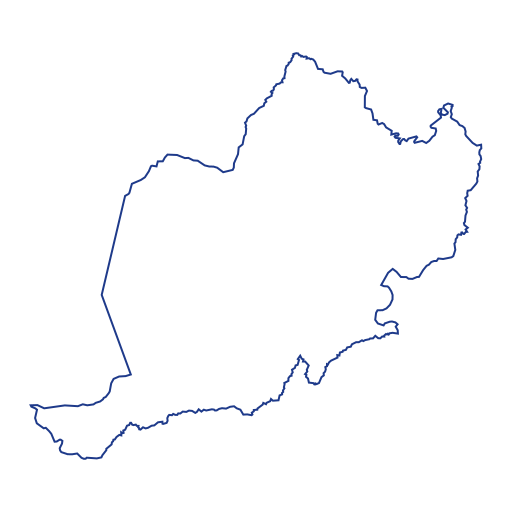 the district of La Plata, Huila, Colombia
{"feature_id": "7082276B59987699383018", "entity_name": "La Plata", "entity_type": "district", "adm_level": 2, "iso_a3": "COL", "parent_name": "Colombia", "parent_adm1": "Huila", "projection": "orthographic", "projection_center": [-75.962, 2.328], "detail": "fine", "context": "isolated", "style": "outline", "palette": "blue", "viewbox_px": 512, "rotation_deg": 0, "n_neighbors": 0, "source": "geoboundaries", "source_scale": "gbopen_adm2", "svg_char_len": 6020}
<svg xmlns="http://www.w3.org/2000/svg" viewBox="0 0 512 512"><path d="M397.9,333.6L397.7,330.2L395.7,326.7L397.6,324.3L395.4,322.4L392.0,321.5L389.8,321.7L384.8,323.4L383.6,325.4L377.9,323.5L375.2,319.8L376.1,312.8L377.5,310.3L382.6,310.2L386.5,308.4L390.0,304.8L392.5,299.4L392.6,295.0L391.3,291.4L389.0,287.7L387.6,286.4L383.9,286.2L381.2,285.0L388.1,272.8L392.7,268.9L396.6,271.9L400.9,277.0L406.4,277.1L408.5,278.7L412.5,278.9L417.0,277.0L419.0,276.9L423.2,270.0L426.6,265.8L428.9,264.7L431.3,262.0L434.1,261.0L436.6,261.0L438.3,258.5L443.1,259.0L451.6,257.3L453.3,256.1L455.3,249.9L454.4,243.6L455.5,242.2L455.7,239.2L457.2,237.4L457.4,235.4L458.5,234.4L461.0,234.8L461.4,232.5L462.2,232.4L463.3,233.9L464.1,234.0L465.8,231.9L467.1,231.8L465.6,229.5L467.8,227.7L464.4,225.0L463.9,223.1L465.0,221.7L465.5,215.5L466.9,211.9L466.2,209.6L467.1,207.9L465.4,205.3L466.5,201.0L465.2,198.1L467.6,195.8L467.2,193.2L467.7,190.7L470.7,190.2L476.3,183.6L477.4,181.5L477.1,178.3L478.1,175.6L477.7,171.5L479.4,169.2L479.6,166.3L478.5,164.0L480.2,162.8L480.0,161.7L481.2,159.1L480.6,156.0L479.4,154.4L479.3,152.3L479.8,150.1L481.3,148.4L481.1,144.7L476.8,145.6L472.6,142.9L466.1,135.9L465.3,134.3L465.6,131.5L464.6,128.0L462.4,126.1L459.6,125.1L457.2,121.6L451.8,118.6L450.8,117.2L451.8,114.2L450.7,111.1L451.8,107.7L451.5,106.7L452.6,106.1L452.6,104.9L448.1,103.5L444.0,105.5L443.4,107.8L447.9,112.3L447.5,113.7L444.8,115.1L442.3,114.7L440.8,113.2L441.5,108.9L439.4,109.3L438.1,111.1L438.2,112.3L440.7,115.4L441.0,117.6L430.7,125.6L430.6,126.7L431.4,127.8L435.7,128.5L436.2,130.9L434.8,135.2L432.5,136.7L429.3,140.8L426.2,143.0L422.2,140.9L414.7,142.8L414.1,141.9L414.4,141.0L417.2,137.3L416.4,136.4L408.5,138.6L406.7,141.1L405.3,140.4L404.1,139.0L403.0,139.1L400.8,141.4L400.2,143.9L399.5,144.0L398.2,142.0L398.2,140.8L399.8,138.4L395.5,137.8L394.6,136.7L395.3,135.7L397.8,135.8L398.7,134.5L398.2,133.5L396.1,133.3L391.3,134.6L391.7,130.8L386.1,127.4L384.1,124.1L382.2,123.0L378.5,124.5L377.7,123.7L377.0,120.3L373.4,119.8L372.5,113.4L371.1,109.5L366.0,108.1L364.8,107.3L364.9,96.0L367.0,91.0L365.3,87.7L361.5,87.9L359.8,87.0L359.6,84.6L357.5,81.3L357.5,79.5L356.5,79.3L355.1,80.9L353.3,81.2L351.3,78.9L350.3,80.2L349.7,82.7L348.9,82.9L345.2,78.4L342.1,75.8L342.7,72.3L342.2,71.5L337.6,71.3L330.6,73.8L324.5,72.7L323.5,71.8L322.7,69.3L318.0,68.9L315.1,61.7L313.2,59.5L311.2,58.8L310.5,59.2L309.0,58.2L306.6,58.6L306.9,57.1L306.1,56.5L303.4,56.9L302.1,56.0L301.2,56.5L300.5,55.3L299.2,55.2L298.2,53.5L296.3,53.2L293.6,53.9L293.9,54.6L292.8,55.4L293.2,56.6L291.5,58.8L291.6,60.2L290.2,62.2L288.7,62.7L288.7,63.9L287.5,65.6L286.5,65.9L285.2,70.1L285.6,71.6L284.4,76.4L284.5,78.2L283.2,78.4L282.0,80.3L282.5,82.3L280.8,82.4L279.6,83.6L276.3,84.3L276.0,85.4L273.7,87.4L273.9,89.1L273.2,90.5L271.6,90.9L270.9,91.8L272.4,93.0L271.6,94.1L271.7,95.8L266.9,98.3L265.3,99.9L266.3,101.7L264.3,103.3L263.8,105.8L259.2,108.0L253.9,113.8L251.0,115.0L247.4,118.4L246.5,121.4L245.0,122.7L246.2,125.7L245.6,127.0L246.2,128.5L245.7,134.2L244.2,136.2L242.6,144.4L238.7,147.4L238.0,154.2L234.0,163.3L233.8,167.6L232.7,169.9L223.2,172.2L217.2,167.7L213.5,166.6L209.2,166.5L204.7,165.4L197.7,160.7L193.4,160.4L188.4,157.9L184.9,158.1L177.1,155.0L167.5,154.6L164.9,157.5L162.8,161.3L157.8,161.4L156.5,166.4L152.1,165.7L151.0,166.2L148.9,171.2L144.9,177.3L140.8,180.0L131.9,183.8L129.4,192.8L128.5,194.0L125.1,195.9L101.7,294.9L130.8,374.5L125.6,376.1L119.1,376.5L113.6,378.9L111.2,383.3L109.7,391.5L108.7,393.2L105.7,397.0L103.7,397.9L103.0,399.3L100.1,401.5L95.8,402.8L93.5,404.4L87.3,405.3L82.8,404.3L77.9,406.2L64.8,405.4L44.2,408.3L37.4,405.1L30.7,405.3L31.4,406.7L35.2,408.3L37.0,409.7L35.1,418.0L36.8,423.3L43.7,428.3L45.8,427.8L49.2,431.2L51.3,433.8L54.6,441.7L56.8,441.5L59.6,439.7L60.7,439.7L62.4,440.9L62.0,443.6L59.7,448.2L60.1,450.4L61.3,452.1L67.6,454.2L72.0,454.3L77.2,453.5L81.5,457.8L83.9,458.8L85.7,458.7L86.7,457.7L96.8,458.4L101.4,457.4L102.4,455.2L106.3,450.2L106.3,448.8L111.6,444.4L111.9,442.3L113.1,441.3L113.4,439.7L114.8,439.5L116.5,437.0L119.3,434.9L121.3,435.4L121.2,432.3L122.5,433.2L123.6,432.9L123.3,430.5L125.2,429.7L127.0,425.7L129.2,425.0L130.2,422.8L131.1,422.8L132.2,424.7L133.5,425.1L135.8,424.6L136.7,425.8L138.5,425.9L138.2,427.4L139.1,428.1L139.2,429.3L140.5,429.6L143.0,427.3L145.6,428.4L148.0,427.8L151.6,425.7L154.3,425.4L158.0,422.3L162.4,421.7L162.5,423.7L163.2,423.9L166.6,422.9L167.6,420.8L167.3,418.1L168.3,415.9L169.2,414.9L172.0,415.2L173.2,413.9L175.3,414.9L177.3,414.9L178.2,413.4L180.3,413.5L182.7,411.6L186.4,411.9L188.9,410.6L192.1,410.9L195.3,412.9L196.9,411.9L198.7,409.3L201.4,411.6L203.8,409.7L206.2,410.5L211.9,409.3L214.0,409.6L215.0,410.5L216.7,410.4L219.1,408.9L222.0,408.2L226.1,408.6L230.1,406.8L233.1,406.4L234.1,406.3L236.7,408.3L240.4,409.7L243.3,414.6L247.3,414.4L251.6,415.2L252.4,414.5L251.8,412.7L253.8,411.3L253.8,410.0L257.3,409.7L257.5,408.5L262.7,404.6L263.3,402.9L266.0,404.2L266.6,402.8L270.2,401.2L271.0,399.0L272.9,400.7L278.5,400.3L279.6,395.4L282.1,394.4L282.0,393.0L283.2,391.9L283.0,390.4L284.4,388.3L283.9,387.3L284.6,384.1L284.3,383.0L288.4,380.9L288.4,378.2L289.9,376.2L291.6,375.7L291.4,374.2L292.7,372.4L292.0,369.7L294.9,367.9L295.6,365.4L297.6,364.9L299.0,360.0L297.8,359.1L300.2,355.7L301.7,358.7L303.5,359.4L303.0,361.5L305.1,361.5L308.7,365.5L306.8,369.8L307.3,371.5L305.1,374.1L306.4,374.8L306.0,376.8L308.0,378.5L308.9,382.6L313.8,383.2L314.2,384.3L315.0,384.5L315.7,383.5L316.6,384.1L319.0,383.0L321.5,377.1L323.8,375.4L323.6,373.2L325.1,371.6L325.8,369.2L325.3,367.1L327.0,366.2L327.0,364.2L327.9,364.6L329.0,362.4L331.1,360.6L337.5,357.6L337.3,355.1L339.4,355.5L339.9,352.5L342.6,351.8L343.0,350.6L345.9,349.9L347.2,347.4L350.8,346.7L351.9,344.3L356.1,342.2L358.8,342.2L362.0,340.3L363.3,341.1L365.1,340.1L369.4,339.2L370.0,338.5L373.0,338.4L375.3,335.8L378.2,338.2L380.3,338.3L382.2,336.5L384.3,336.6L384.2,335.6L386.0,334.0L387.0,334.5L387.9,333.7L388.7,334.5L389.6,333.3L392.6,332.8L397.9,333.6Z" fill="none" stroke="#1e3a8a" stroke-width="2"/></svg>